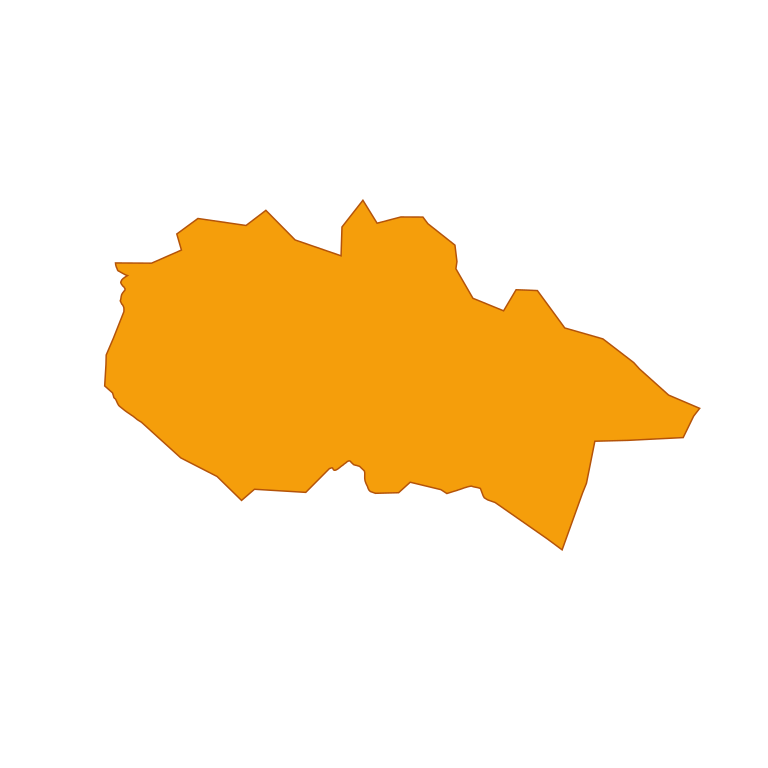 Xangai, Arhangay, Mongolia, rotated 26°
{"feature_id": "93677404B76368798827689", "entity_name": "Xangai", "entity_type": "district", "adm_level": 2, "iso_a3": "MNG", "parent_name": "Mongolia", "parent_adm1": "Arhangay", "projection": "equal_earth", "projection_center": [99.272, 47.755], "detail": "fine", "context": "isolated", "style": "filled", "palette": "amber", "viewbox_px": 768, "rotation_deg": 26, "n_neighbors": 0, "source": "geoboundaries", "source_scale": "gbopen_adm2", "svg_char_len": 2417}
<svg xmlns="http://www.w3.org/2000/svg" viewBox="0 0 768 768"><g transform="rotate(26 384 384)"><path d="M89.6,392.9L90.6,394.5L92.1,396.2L93.6,397.4L94.4,398.3L95.6,398.9L96.5,398.8L98.7,399.0L103.0,399.2L104.5,399.2L105.9,399.0L104.3,401.6L103.3,403.5L102.7,405.3L102.7,407.1L102.8,408.0L103.4,408.7L103.9,409.1L104.7,409.6L105.0,409.7L106.1,410.4L107.5,410.7L108.6,411.4L109.4,411.8L109.8,412.6L110.0,413.7L109.6,414.4L109.5,415.3L109.2,416.5L109.0,418.5L109.4,420.5L110.0,422.4L110.3,423.5L110.5,424.9L113.3,427.1L114.4,427.5L115.5,428.3L116.7,429.4L117.6,431.0L118.5,433.0L120.7,461.3L121.6,479.7L125.7,488.7L133.8,508.2L143.9,511.0L144.8,512.0L145.8,513.0L146.7,514.1L147.2,514.6L148.1,515.0L148.7,515.1L149.0,515.1L149.4,515.3L150.8,516.4L152.7,518.0L153.8,518.8L155.0,519.6L156.3,520.0L158.9,520.6L162.4,521.4L165.1,521.9L167.3,522.2L170.0,522.6L170.3,522.7L172.3,522.9L174.6,523.4L178.0,524.2L182.8,524.7L233.7,539.5L274.5,540.3L307.0,551.1L313.7,535.4L361.2,515.7L372.0,484.0L373.6,482.4L374.1,482.1L374.7,482.1L375.3,482.6L376.0,483.1L376.4,483.3L376.7,483.3L377.1,483.3L377.8,483.0L378.6,482.3L379.7,480.7L380.8,478.5L381.7,476.5L382.6,475.0L383.3,473.3L384.3,471.5L385.0,469.8L385.6,469.1L386.2,468.4L387.1,468.2L387.9,468.3L389.3,469.0L390.4,469.2L391.9,469.8L392.8,469.7L394.0,469.5L395.1,469.2L395.9,469.1L396.5,469.0L397.5,468.8L398.5,468.8L400.2,469.4L403.1,470.3L404.2,470.6L404.8,471.2L405.6,472.2L406.2,473.4L406.8,474.7L408.0,477.2L409.4,479.3L411.1,481.0L412.4,482.1L413.9,483.2L415.7,485.0L417.1,486.0L418.5,486.5L419.0,486.6L424.2,486.0L444.8,475.3L450.6,460.8L481.5,454.0L488.5,454.9L494.5,449.2L494.9,448.9L496.6,447.3L496.9,446.9L498.4,445.5L500.1,443.8L501.5,442.3L502.4,441.5L503.5,440.5L504.1,439.9L505.3,438.9L507.2,437.5L509.7,437.1L513.9,436.0L516.4,435.6L522.1,441.0L524.0,442.3L527.9,442.7L535.8,441.8L599.8,451.8L600.1,451.9L616.8,455.0L610.2,394.7L609.5,384.5L598.6,343.0L628.0,327.7L676.4,301.0L676.4,277.1L678.4,267.5L644.7,269.2L607.1,258.5L598.9,255.2L598.7,255.2L561.0,247.5L521.9,254.4L502.6,244.2L480.9,232.8L472.6,236.4L469.2,237.9L461.4,241.4L459.4,265.8L431.8,267.6L431.6,267.6L426.4,268.0L398.1,248.9L395.9,242.0L386.9,228.1L353.2,220.7L345.8,216.9L325.9,226.5L307.3,242.5L284.5,228.1L277.4,261.3L289.2,287.6L241.0,293.5L201.7,279.7L190.5,302.0L144.2,316.8L132.0,340.0L143.2,352.4L122.1,377.3L89.6,392.9Z" fill="#f59e0b" stroke="#b45309" stroke-width="1.5"/></g></svg>